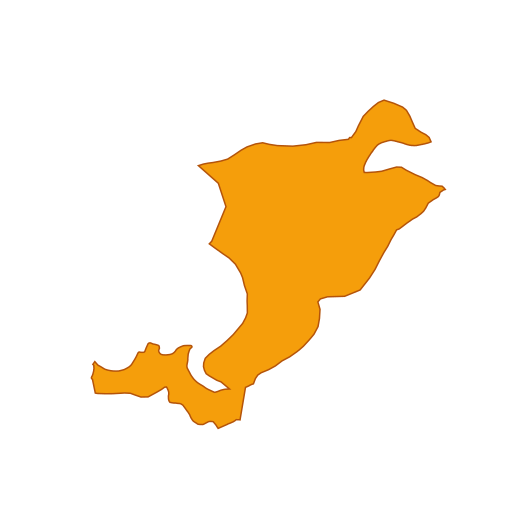 the district of Monchy/La Borne, Dauphin, Saint Lucia, rotated 310°
{"feature_id": "8701671B33864037616544", "entity_name": "Monchy/La Borne", "entity_type": "district", "adm_level": 2, "iso_a3": "LCA", "parent_name": "Saint Lucia", "parent_adm1": "Dauphin", "projection": "natural_earth1", "projection_center": [-60.921, 14.047], "detail": "fine", "context": "isolated", "style": "filled", "palette": "amber", "viewbox_px": 512, "rotation_deg": 310, "n_neighbors": 0, "source": "geoboundaries", "source_scale": "gbopen_adm2", "svg_char_len": 6053}
<svg xmlns="http://www.w3.org/2000/svg" viewBox="0 0 512 512"><g transform="rotate(310 256 256)"><path d="M47.7,221.0L48.7,222.8L53.7,229.2L58.4,234.7L63.1,239.7L66.6,243.4L70.1,248.0L71.7,252.5L74.0,258.5L78.7,263.9L88.1,267.6L93.1,269.4L96.7,270.3L98.1,271.6L97.9,272.3L97.5,273.3L97.2,273.8L96.8,274.7L96.3,275.6L95.7,276.5L95.1,277.1L93.9,278.1L92.9,278.6L92.2,279.1L91.6,279.6L91.0,280.2L90.4,280.7L89.8,281.4L89.2,282.3L88.8,283.2L88.6,284.2L89.0,284.9L89.4,285.7L90.5,287.5L91.6,288.8L92.6,290.5L94.0,292.5L94.4,293.4L94.6,294.4L94.7,295.6L94.7,296.3L94.4,297.2L94.2,298.2L93.9,299.4L93.3,301.7L93.0,302.8L92.8,303.9L92.2,305.9L92.0,306.5L91.7,307.4L91.0,308.6L90.7,309.3L90.1,310.6L89.3,313.3L89.2,314.4L89.3,315.2L89.5,317.0L89.7,318.0L89.7,319.2L90.1,320.1L91.0,321.5L91.6,322.1L92.3,323.1L92.9,323.7L94.1,324.3L94.9,324.6L96.1,325.1L98.1,325.9L99.0,326.4L99.5,326.9L100.3,327.8L101.2,329.1L101.6,330.0L101.3,331.1L100.9,333.5L100.5,334.9L100.1,336.0L99.9,336.9L99.6,337.8L108.7,342.3L109.4,342.5L110.4,343.1L111.3,343.6L112.5,344.2L113.4,344.6L114.3,345.1L116.5,345.8L117.3,345.9L118.0,346.1L118.3,346.6L118.7,347.1L119.8,348.4L120.2,349.1L148.6,332.4L149.2,332.7L149.7,332.9L150.2,333.2L150.4,333.3L150.8,333.5L152.1,334.1L152.5,334.2L152.7,334.3L153.3,334.5L153.5,334.6L154.1,334.9L154.6,335.1L155.2,335.4L155.9,335.9L156.4,336.2L161.8,334.3L166.0,333.9L169.9,335.0L177.0,338.7L184.2,341.5L192.5,343.4L200.4,346.6L209.1,348.9L210.7,349.2L211.4,349.4L217.3,350.3L225.8,350.7L233.3,350.7L241.8,348.9L248.9,344.8L256.3,339.3L260.6,332.9L264.5,332.9L270.7,337.0L282.1,349.8L296.9,357.6L312.1,357.1L322.3,355.8L332.0,353.5L341.0,351.7L348.0,350.7L355.4,348.9L360.9,348.0L366.4,346.9L368.8,348.3L378.1,350.4L384.9,352.2L389.3,354.0L394.8,355.2L398.0,355.6L401.8,355.2L407.2,354.0L413.0,355.5L416.6,356.9L418.8,357.5L420.2,357.3L420.8,357.0L421.0,357.0L422.9,356.0L427.1,357.2L428.6,358.2L429.0,356.2L429.1,353.7L427.3,351.2L425.5,348.3L424.4,342.3L424.1,339.3L422.9,332.9L420.6,325.6L418.3,315.9L417.5,310.4L414.5,306.5L408.6,302.4L401.7,297.8L397.2,293.6L391.2,287.3L389.6,285.2L390.3,284.2L390.5,283.9L390.8,283.5L391.4,283.0L391.7,282.6L392.3,282.3L392.8,281.9L393.6,281.4L394.1,281.2L394.6,280.9L395.0,280.8L395.7,280.6L395.9,280.4L396.3,280.4L396.9,280.2L397.3,280.0L397.6,280.0L398.7,279.6L399.0,279.6L399.3,279.5L399.6,279.5L401.0,279.1L402.7,278.9L403.1,278.8L403.4,278.7L404.6,278.6L405.7,278.4L406.0,278.4L406.3,278.4L406.7,278.3L407.1,278.3L407.7,278.2L408.2,278.1L408.6,278.1L409.3,278.0L409.9,278.1L410.2,277.9L411.0,278.0L411.6,277.9L412.0,277.9L412.6,277.7L412.9,277.7L413.7,277.7L414.8,277.7L415.2,277.6L419.0,277.7L419.2,277.8L419.6,277.8L420.0,278.0L420.3,278.1L420.6,278.1L420.9,278.2L421.3,278.4L421.5,278.5L422.2,278.8L422.9,279.1L423.6,279.4L424.5,280.0L424.8,280.2L426.1,281.0L426.6,281.3L427.2,281.8L428.5,282.6L430.2,283.9L430.7,284.4L430.9,284.5L431.5,285.2L432.1,286.1L432.2,286.4L432.4,286.6L432.7,287.2L432.9,287.5L433.1,287.8L433.2,288.1L433.4,288.4L433.6,289.0L434.1,289.9L434.2,290.2L434.4,290.5L434.6,291.2L434.8,291.4L434.9,291.7L435.7,293.3L435.8,293.6L436.2,294.3L436.3,294.6L436.6,295.2L437.2,296.7L437.4,297.2L437.5,297.7L437.9,298.6L438.2,299.4L438.4,299.9L439.4,301.9L439.6,302.4L440.0,302.9L440.2,303.3L440.6,303.9L440.7,304.2L441.1,304.6L441.4,304.9L441.5,305.2L441.7,305.4L441.9,305.6L442.0,305.9L442.6,306.6L442.9,306.9L443.4,307.5L443.9,308.0L444.4,308.3L444.7,308.6L444.9,308.8L445.2,309.0L447.3,310.7L448.1,311.3L448.4,311.6L448.7,311.9L449.0,312.0L449.6,312.5L450.3,313.1L451.2,313.7L451.6,314.0L452.5,314.6L452.8,314.9L453.3,315.2L453.8,315.5L454.5,315.9L456.0,316.7L458.1,312.4L458.1,308.3L456.9,302.8L456.1,295.9L459.2,289.5L462.0,284.0L464.3,277.6L464.3,272.6L461.6,263.5L457.7,253.9L452.2,251.1L446.0,249.8L439.0,248.9L431.9,248.4L421.8,250.7L415.5,252.5L408.1,253.0L406.9,251.6L404.8,251.8L398.0,245.4L390.3,239.5L381.9,229.3L373.4,222.8L363.8,213.6L354.3,201.4L350.1,194.5L347.0,188.3L341.5,183.6L333.8,179.0L327.5,176.6L319.6,174.4L312.0,172.0L306.2,168.1L300.0,163.0L296.3,159.6L292.6,156.6L288.2,153.8L287.5,180.4L274.5,201.3L238.9,212.6L235.3,212.4L235.7,219.1L236.5,229.6L237.2,236.7L236.5,245.5L233.1,255.2L230.8,259.6L225.9,266.2L221.4,273.7L215.8,278.1L212.4,281.2L206.8,286.0L201.9,287.8L195.8,289.1L181.2,289.1L172.5,288.2L164.2,286.9L156.7,284.7L150.7,283.4L145.0,282.9L140.5,284.7L137.5,286.9L135.3,290.0L133.8,293.5L134.1,297.0L135.6,305.8L137.1,310.2L137.1,321.2L135.1,319.1L134.9,318.8L133.3,317.3L130.7,315.4L127.5,313.7L126.0,312.7L125.2,312.2L124.8,311.6L123.1,305.3L122.7,303.4L122.5,301.9L122.4,300.0L122.3,298.9L121.7,295.3L121.4,292.6L121.4,291.1L121.5,289.5L121.6,288.2L121.8,287.0L122.5,284.1L123.1,282.2L124.0,280.1L124.8,278.1L125.7,275.9L126.1,275.1L126.5,274.6L127.3,273.7L129.4,272.4L130.6,271.8L131.6,271.2L132.7,270.5L133.7,269.6L135.0,268.7L137.3,267.1L139.8,266.0L142.1,265.2L142.8,265.2L143.5,265.3L144.1,265.4L144.6,265.5L145.1,265.4L145.5,265.1L145.7,264.6L145.7,264.0L145.3,263.3L144.6,262.5L143.4,261.0L141.3,258.7L140.5,258.0L139.4,257.4L137.9,256.6L137.0,256.2L135.6,255.6L134.3,255.3L133.3,255.2L132.4,255.2L131.2,255.4L129.4,255.3L127.8,254.9L126.7,254.4L125.7,253.7L125.0,253.2L122.5,250.8L121.5,249.6L120.5,248.3L120.0,247.3L119.6,246.4L119.6,245.0L119.8,244.2L120.2,243.2L120.5,242.7L121.3,242.0L123.3,241.3L124.0,240.5L124.7,239.7L124.8,238.8L124.5,237.9L123.9,236.5L123.4,235.4L122.6,234.0L122.3,233.4L122.0,232.2L121.7,231.4L121.4,230.7L120.6,230.0L119.5,229.7L115.5,230.8L112.5,231.8L111.5,232.2L110.7,232.2L110.0,231.8L109.6,231.4L108.9,230.6L108.0,229.4L107.6,228.5L107.0,228.0L106.0,227.9L101.8,229.0L98.7,229.6L93.1,230.4L91.5,230.4L89.3,230.0L86.8,229.1L84.4,228.1L82.6,226.9L79.7,224.8L77.8,222.7L76.1,220.5L74.9,218.7L73.3,215.8L72.3,213.4L72.1,212.9L71.4,208.1L70.8,205.2L71.0,203.6L71.5,200.4L68.1,200.7L68.0,201.8L67.7,202.4L67.1,202.8L66.3,203.6L65.6,204.3L64.5,204.9L63.7,205.5L60.6,207.0L58.9,207.6L58.2,207.7L57.2,208.0L56.7,208.4L56.4,208.9L56.4,210.0L47.7,221.0Z" fill="#f59e0b" stroke="#b45309" stroke-width="1.5"/></g></svg>